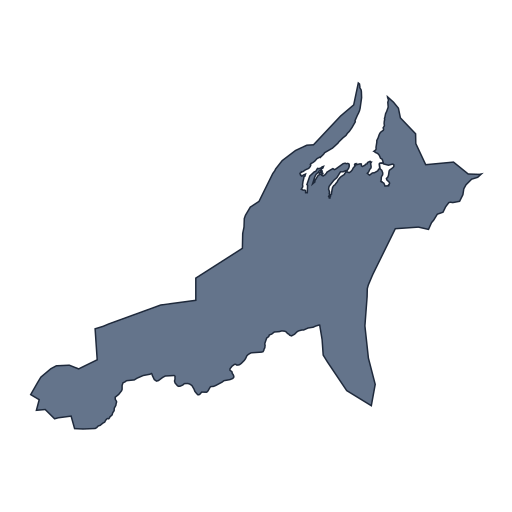 the district of Deatnu sme 1, Finnmark, Norway
{"feature_id": "86288312B77332611217314", "entity_name": "Deatnu sme 1", "entity_type": "district", "adm_level": 2, "iso_a3": "NOR", "parent_name": "Norway", "parent_adm1": "Finnmark", "projection": "orthographic", "projection_center": [27.521, 70.269], "detail": "fine", "context": "isolated", "style": "filled", "palette": "slate", "viewbox_px": 512, "rotation_deg": 0, "n_neighbors": 0, "source": "geoboundaries", "source_scale": "gbopen_adm2", "svg_char_len": 6031}
<svg xmlns="http://www.w3.org/2000/svg" viewBox="0 0 512 512"><path d="M481.3,174.0L479.3,174.4L468.2,174.0L453.5,162.1L425.7,164.7L415.8,143.6L415.6,133.8L400.4,117.9L398.4,108.2L393.5,102.2L387.5,96.8L387.6,97.6L388.5,100.0L387.8,102.3L388.2,107.1L386.6,111.6L385.6,113.6L384.8,117.7L384.5,118.2L384.5,118.9L384.7,119.6L384.3,121.1L384.1,123.4L384.4,125.8L383.1,127.9L383.5,128.7L383.6,129.4L383.3,130.3L380.9,132.0L379.9,133.2L379.1,134.9L378.1,137.9L376.8,140.5L376.8,142.2L376.0,147.3L376.1,149.0L375.7,149.9L373.9,151.3L374.8,151.6L375.1,152.3L377.7,153.5L379.3,155.3L380.5,158.2L382.0,159.1L382.4,159.8L383.2,162.4L383.3,163.2L383.5,163.9L388.5,165.2L392.4,164.1L393.3,164.3L393.9,164.9L393.8,166.5L393.2,167.4L389.6,170.1L389.1,171.0L388.5,175.2L387.8,177.1L386.4,178.5L386.8,179.9L389.2,182.2L389.5,182.8L389.6,183.2L389.3,184.1L388.6,184.9L388.9,185.0L388.6,185.8L384.9,186.0L384.4,184.4L383.8,183.1L381.2,181.7L381.5,181.5L381.1,181.3L381.0,180.4L381.2,179.9L381.3,177.3L382.0,175.7L382.7,174.8L382.6,174.3L382.8,173.1L381.8,170.4L380.1,168.8L379.4,164.1L380.1,163.1L381.9,163.4L381.7,163.6L382.1,163.3L382.0,162.9L380.2,163.0L379.4,163.5L379.2,164.2L379.7,168.1L379.6,168.8L378.6,169.2L377.8,170.8L374.5,172.7L372.3,173.0L369.5,175.2L367.3,173.3L368.7,171.8L369.7,169.5L371.0,167.9L371.1,166.3L370.6,163.4L371.4,162.1L370.4,162.0L370.4,161.5L370.1,161.3L367.9,162.3L367.4,162.7L367.4,163.3L367.1,163.8L365.5,164.3L365.0,165.2L362.4,166.5L361.4,165.8L361.4,164.8L361.2,164.3L361.3,164.0L361.2,163.9L359.7,163.9L355.8,164.9L355.7,164.8L355.9,164.4L355.7,164.5L355.8,164.2L355.4,163.9L355.6,163.3L354.6,164.4L354.8,164.3L354.5,164.8L354.7,165.4L355.0,165.8L355.0,166.1L353.4,167.7L352.2,170.0L350.9,171.5L349.3,172.6L348.1,172.4L347.6,171.9L345.8,172.1L344.6,173.8L344.5,174.4L341.1,176.6L339.6,178.1L338.0,180.2L337.2,181.9L335.7,183.7L335.0,184.8L333.7,185.7L332.6,187.4L332.0,190.1L331.8,191.6L331.5,192.0L331.6,192.8L331.4,193.4L331.5,194.0L331.1,194.1L330.6,194.9L330.6,195.3L330.4,195.2L330.4,195.4L330.1,195.9L330.3,196.5L329.9,197.6L330.0,198.0L329.8,198.1L329.2,197.9L329.3,197.1L328.6,196.5L329.7,194.6L329.2,193.7L329.5,192.1L329.0,190.2L328.6,189.5L328.8,187.6L329.2,186.2L333.9,180.2L336.8,177.7L340.5,171.8L343.1,171.8L345.4,170.7L347.3,170.3L348.7,168.1L349.1,166.8L349.3,165.8L349.1,165.5L349.2,164.7L349.0,164.0L347.8,163.4L346.2,163.7L345.2,163.2L343.1,163.7L335.5,169.2L334.4,169.6L332.9,168.6L330.2,170.1L326.8,172.3L326.6,173.0L325.0,174.8L323.1,176.0L321.7,175.3L321.7,174.8L321.2,174.6L321.5,174.2L322.7,174.0L322.9,173.3L321.9,172.7L322.2,171.1L321.8,170.6L321.0,170.6L320.7,171.1L321.2,171.7L320.6,172.4L319.3,172.9L319.2,173.2L319.8,174.2L319.3,174.8L318.2,175.3L314.8,180.8L314.9,181.9L312.5,184.0L314.8,176.8L316.1,174.3L318.6,172.0L318.8,171.4L321.0,169.8L321.7,168.7L322.8,168.1L323.5,166.4L322.1,166.9L320.7,168.1L318.9,168.6L317.5,168.4L315.7,171.4L314.3,171.8L309.8,176.0L306.9,184.6L307.6,185.2L307.3,192.7L305.6,192.7L305.5,190.6L304.8,190.1L303.3,190.2L301.3,189.3L302.6,187.1L302.8,186.1L302.5,184.9L303.0,181.4L303.8,178.2L303.8,176.9L304.8,176.4L305.5,174.1L303.2,175.1L301.8,176.2L300.7,175.4L300.9,175.1L300.1,174.1L299.9,173.5L300.1,173.1L301.3,172.4L301.3,172.1L301.4,171.7L302.1,171.9L303.1,171.5L305.5,169.8L308.7,168.4L310.2,166.6L310.8,165.0L310.3,164.4L311.0,163.5L312.5,162.8L314.7,161.2L317.0,158.6L320.1,157.0L320.3,157.4L323.6,154.2L324.6,152.7L332.5,148.1L337.9,143.2L338.9,141.8L342.9,137.9L346.0,135.4L347.4,133.3L349.3,131.4L351.9,127.7L355.3,121.8L355.0,120.7L357.4,115.2L358.5,113.1L359.5,110.7L360.1,108.3L361.6,97.7L361.4,91.7L361.1,89.9L359.7,87.5L359.9,86.8L359.5,84.0L358.3,83.0L353.7,104.9L340.6,116.0L313.5,144.8L306.8,145.2L295.5,150.5L282.2,160.6L275.6,169.0L274.9,170.6L272.8,173.5L259.0,201.4L250.3,207.1L245.5,215.2L244.3,218.5L244.0,227.1L242.7,233.5L242.4,248.3L195.8,278.1L195.8,300.3L160.7,305.0L109.1,323.8L103.2,326.3L95.1,328.8L97.2,359.8L78.6,368.9L69.3,365.2L56.3,365.8L50.9,368.7L40.9,377.1L37.8,382.2L30.7,394.6L39.2,399.7L36.4,410.3L45.2,409.5L54.6,418.8L58.2,417.8L71.1,416.1L74.6,428.6L83.1,429.0L95.1,428.5L96.6,427.7L98.3,425.9L100.1,425.4L102.9,423.1L104.7,422.1L105.5,420.5L106.6,419.1L107.6,418.5L108.7,418.8L109.5,417.8L109.8,417.0L112.1,414.9L112.7,412.8L114.1,410.7L114.3,408.1L115.8,405.5L116.2,403.2L116.6,402.0L116.5,401.4L115.3,399.4L115.2,397.2L118.7,394.4L121.6,390.7L122.1,389.3L122.1,385.4L123.0,382.8L125.1,381.8L126.5,380.7L134.3,379.9L137.0,378.2L143.2,375.5L150.1,374.2L151.4,373.5L152.0,374.1L152.3,375.4L154.3,379.6L156.5,381.1L158.4,380.6L162.7,377.4L165.3,376.0L174.1,375.5L174.8,376.0L175.1,376.6L174.9,378.0L175.1,378.8L174.5,381.0L175.1,383.0L177.5,385.8L178.5,386.3L180.1,386.2L182.8,385.0L184.4,383.6L187.8,383.5L189.6,384.0L191.9,385.5L194.0,389.1L194.9,391.4L196.1,392.9L197.7,394.7L198.8,394.8L199.8,394.3L201.7,392.1L206.7,392.2L208.0,390.9L210.1,387.2L210.8,386.6L213.5,386.4L215.7,385.5L222.1,382.1L223.9,380.7L230.0,379.6L232.7,378.5L233.7,377.4L233.8,376.9L233.8,376.2L233.2,374.7L232.2,373.3L232.1,372.3L231.8,371.6L230.0,370.3L229.9,369.9L230.1,368.6L232.0,366.2L234.4,364.4L235.7,364.3L236.8,365.1L238.3,365.0L239.5,364.7L241.3,363.4L244.3,360.4L245.5,358.7L246.9,355.7L248.2,354.5L250.2,353.3L251.3,352.8L261.6,352.1L263.0,351.7L263.8,350.3L264.0,349.3L264.8,347.8L265.1,345.2L264.8,344.2L264.9,343.2L266.7,338.0L268.7,336.6L269.3,335.0L271.8,334.0L274.3,332.0L279.4,331.6L281.8,330.9L284.8,331.2L286.3,332.0L287.5,333.5L288.6,334.0L289.7,335.2L291.5,335.9L294.6,334.2L296.9,331.9L298.5,330.9L301.9,330.0L303.6,330.0L308.1,328.0L313.2,327.2L315.5,326.1L319.2,325.0L319.7,325.1L322.1,339.6L323.2,355.1L327.6,362.2L346.7,390.6L371.3,405.7L375.2,384.4L368.4,358.1L364.9,325.9L367.1,296.8L367.3,288.6L368.3,285.0L372.7,274.6L395.3,228.7L418.4,227.1L428.5,229.4L431.5,222.7L433.7,220.1L437.3,214.2L443.0,212.2L445.7,206.7L448.8,202.6L450.5,202.2L452.7,202.6L459.6,201.3L462.9,194.7L463.8,188.8L466.0,184.8L471.6,179.2L477.7,177.3L481.3,174.0Z" fill="#64748b" stroke="#1e293b" stroke-width="1.5"/></svg>